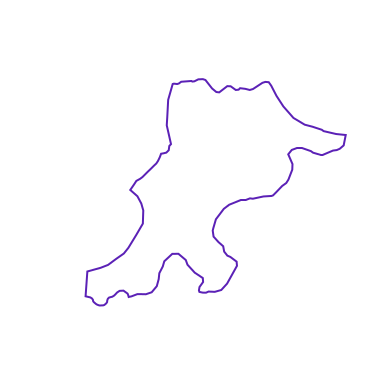 outline of Chinautla, Guatemala, rotated 225°
{"feature_id": "79465075B40156667013427", "entity_name": "Chinautla", "entity_type": "district", "adm_level": 2, "iso_a3": "GTM", "parent_name": "Guatemala", "parent_adm1": "", "projection": "albers", "projection_center": [-90.5, 14.736], "detail": "fine", "context": "isolated", "style": "outline", "palette": "violet", "viewbox_px": 384, "rotation_deg": 225, "n_neighbors": 0, "source": "geoboundaries", "source_scale": "gbopen_adm2", "svg_char_len": 2073}
<svg xmlns="http://www.w3.org/2000/svg" viewBox="0 0 384 384"><g transform="rotate(225 192 192)"><path d="M282.0,254.7L279.0,249.3L274.0,240.3L262.3,227.3L257.0,221.3L240.7,211.0L240.6,208.5L238.0,205.1L238.0,201.7L239.5,199.2L240.9,197.2L239.4,193.9L238.0,189.9L237.4,186.9L237.5,183.8L237.5,179.8L237.6,175.1L237.6,170.2L237.6,167.5L238.0,164.7L239.2,160.5L238.3,156.3L237.1,149.8L227.6,150.4L219.7,148.0L213.4,144.5L204.4,134.9L201.1,122.4L197.5,107.5L196.7,100.3L198.3,91.2L199.8,81.1L203.0,73.8L209.8,61.8L193.5,43.0L189.3,45.6L187.4,46.0L185.8,45.7L184.7,44.9L183.7,44.7L181.0,44.9L179.9,45.1L178.2,45.8L177.1,46.4L174.6,49.1L174.1,50.2L173.9,52.6L174.2,54.1L175.3,55.5L176.0,57.0L176.0,58.7L175.1,60.3L174.3,61.6L173.8,63.8L173.8,65.7L173.9,68.0L173.3,70.9L170.7,73.8L165.7,74.6L163.9,73.8L162.5,73.0L161.9,74.0L161.0,75.4L158.4,81.2L157.2,82.4L152.3,87.1L149.6,92.6L150.3,100.5L153.9,106.8L157.7,111.5L160.0,118.7L162.6,123.4L162.2,134.3L157.9,138.7L148.3,139.5L143.8,137.4L133.0,136.9L123.5,138.8L120.5,136.2L119.5,130.1L117.5,127.3L116.1,126.6L113.3,128.4L110.9,130.7L109.9,133.3L105.3,137.5L102.0,143.4L102.4,152.0L108.0,171.6L111.2,174.3L119.0,173.2L122.0,172.0L127.1,172.6L131.6,175.7L137.9,175.3L145.2,175.7L150.1,179.4L151.3,181.4L155.8,189.6L157.6,202.6L156.7,209.3L151.8,220.9L148.3,224.4L146.5,228.5L144.2,230.3L138.3,239.4L133.0,245.4L132.3,246.9L132.3,251.4L132.5,260.0L131.7,265.0L132.6,269.0L136.9,278.7L140.7,282.8L150.6,286.7L151.2,292.3L148.9,297.3L145.3,300.9L136.8,305.0L134.2,305.4L126.9,309.4L125.9,310.4L121.6,321.0L119.3,324.0L118.1,327.0L117.7,332.2L123.6,341.0L131.1,334.9L142.0,328.1L144.2,327.8L150.5,324.6L152.9,323.4L159.9,319.3L172.6,316.1L187.9,317.1L200.2,319.7L211.2,323.2L215.4,323.9L218.0,321.7L219.4,319.0L221.7,307.9L223.3,305.0L227.3,302.6L231.4,299.4L231.4,297.3L233.2,295.1L239.4,294.1L241.9,291.8L243.2,281.7L245.5,279.9L251.0,279.4L261.7,280.7L264.1,279.5L267.2,276.1L268.6,271.9L269.9,270.3L270.9,270.1L277.6,262.3L278.0,259.5L278.8,257.9L281.4,255.8L282.0,254.7Z" fill="none" stroke="#5b21b6" stroke-width="2"/></g></svg>